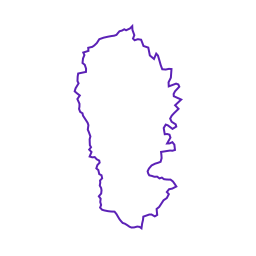 the district of Progresso, Rio Grande do Sul, Brazil, rotated 53°
{"feature_id": "56859067B90503543508999", "entity_name": "Progresso", "entity_type": "district", "adm_level": 2, "iso_a3": "BRA", "parent_name": "Brazil", "parent_adm1": "Rio Grande do Sul", "projection": "albers", "projection_center": [-52.306, -29.227], "detail": "fine", "context": "isolated", "style": "outline", "palette": "violet", "viewbox_px": 256, "rotation_deg": 53, "n_neighbors": 0, "source": "geoboundaries", "source_scale": "gbopen_adm2", "svg_char_len": 2284}
<svg xmlns="http://www.w3.org/2000/svg" viewBox="0 0 256 256"><g transform="rotate(53 128 128)"><path d="M40.8,118.3L43.5,118.9L45.4,122.1L48.7,125.2L51.5,124.5L55.4,125.8L57.9,127.8L54.5,135.0L56.7,137.3L60.1,140.1L62.6,140.6L64.7,145.9L66.6,148.5L69.5,147.9L73.0,146.9L74.4,151.0L79.5,152.2L81.8,154.0L83.3,155.6L86.3,156.5L88.9,155.5L91.0,156.5L99.5,157.1L101.9,157.9L105.1,161.1L107.9,161.8L112.1,163.1L113.9,165.4L116.3,167.1L118.8,168.8L121.1,169.1L121.9,172.0L125.2,171.6L127.7,175.8L130.0,174.1L131.2,172.1L134.2,171.8L136.7,170.6L138.6,171.5L139.2,174.8L141.2,177.6L143.7,177.0L147.5,178.7L149.8,177.6L152.6,178.9L153.1,181.9L155.0,183.1L157.0,185.2L159.8,185.6L161.9,186.7L164.2,188.9L165.0,192.4L168.0,192.4L170.4,194.7L173.3,195.8L174.8,198.2L177.7,197.9L179.7,196.4L182.3,194.1L184.5,191.8L186.7,189.1L189.8,189.0L193.0,189.4L196.0,189.7L198.4,189.6L200.6,189.4L202.5,188.1L205.3,187.0L207.8,186.2L209.6,185.1L211.1,182.9L212.3,179.9L214.0,178.2L216.2,177.6L212.8,174.2L210.4,171.3L208.0,169.1L209.1,165.7L209.9,163.1L211.2,161.3L214.7,159.8L215.0,157.0L212.5,155.5L209.9,153.9L209.8,150.6L207.1,143.1L207.3,139.2L205.4,135.2L202.5,135.5L201.6,132.0L203.0,129.2L203.8,124.6L201.4,124.4L197.7,124.3L194.8,125.1L192.7,127.8L190.5,130.1L188.0,130.8L187.2,133.2L184.4,134.0L182.8,136.3L180.6,137.8L178.6,139.5L176.4,139.2L174.4,138.4L173.0,135.7L172.1,131.7L172.8,127.8L173.8,125.1L174.6,122.3L172.3,119.3L169.7,117.6L167.0,116.0L168.2,113.8L170.0,110.4L171.3,108.0L172.9,106.2L173.8,103.7L169.2,101.0L166.0,101.1L165.3,104.1L163.9,106.1L161.2,99.9L158.3,98.9L156.4,100.3L155.1,102.4L149.5,99.5L148.0,95.8L149.8,94.6L155.5,93.0L155.9,88.6L153.8,87.7L149.3,89.4L145.9,88.7L144.5,85.7L143.9,82.5L143.1,76.1L138.2,76.7L137.3,68.4L130.2,72.3L128.3,71.1L127.0,68.4L125.9,62.2L123.5,61.6L121.5,62.9L119.3,70.4L115.9,68.1L113.6,63.5L107.1,57.8L105.4,59.7L104.0,62.7L101.7,65.3L97.4,64.0L92.5,62.1L88.2,60.5L85.6,60.7L88.5,65.7L83.2,66.9L76.0,63.4L71.8,66.3L69.6,65.6L65.4,64.4L63.0,66.7L61.9,69.9L59.6,70.2L57.7,67.1L52.3,65.4L49.2,63.3L49.7,66.5L48.8,70.7L46.9,71.6L46.6,74.1L45.6,76.6L46.1,78.9L46.7,81.2L45.9,83.6L44.7,85.7L43.0,89.1L41.2,93.1L39.8,97.5L41.4,101.8L41.8,105.3L41.7,107.7L40.0,111.5L42.6,113.2L40.8,118.3Z" fill="none" stroke="#5b21b6" stroke-width="2"/></g></svg>